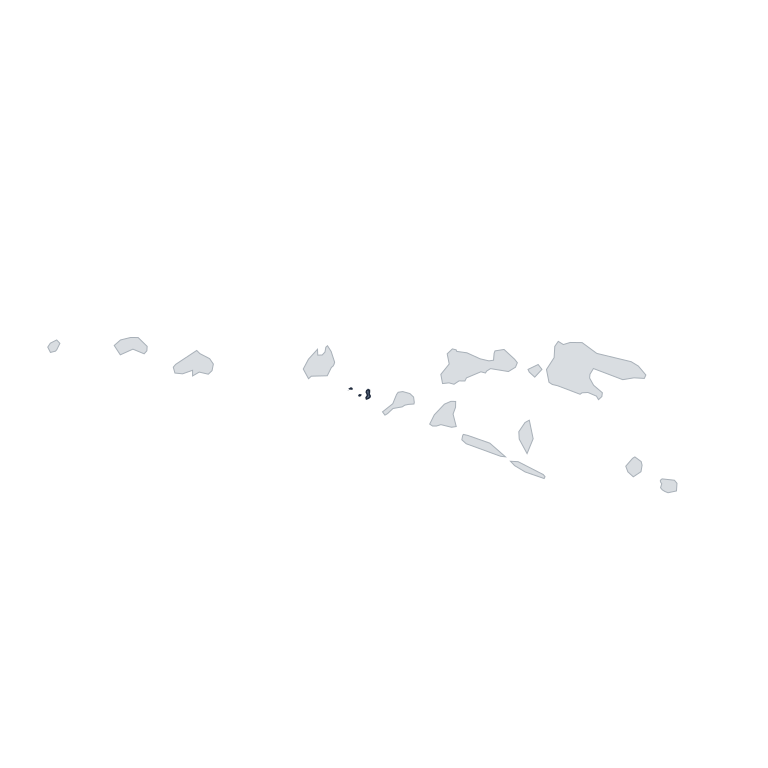 Makimae, Shefa, Vanuatu shown in context, rotated 122°
{"feature_id": "77236927B14255204108964", "entity_name": "Makimae", "entity_type": "district", "adm_level": 2, "iso_a3": "VUT", "parent_name": "Vanuatu", "parent_adm1": "Shefa", "projection": "orthographic", "projection_center": [168.399, -17.15], "detail": "fine", "context": "in_parent", "style": "filled", "palette": "slate", "viewbox_px": 768, "rotation_deg": 122, "n_neighbors": 0, "source": "geoboundaries", "source_scale": "gbopen_adm2", "svg_char_len": 4390}
<svg xmlns="http://www.w3.org/2000/svg" viewBox="0 0 768 768"><g transform="rotate(122 384 384)"><path d="M253.8,183.8L259.9,214.6L266.6,214.5L270.0,212.8L274.0,205.6L275.7,194.2L279.2,192.6L283.6,193.8L281.7,197.4L283.1,206.5L286.5,211.4L288.8,212.3L293.5,236.0L295.2,241.0L295.1,245.0L285.6,253.9L271.5,253.7L261.6,259.1L255.5,258.8L255.5,252.8L250.1,248.1L243.9,237.9L245.3,219.8L234.1,186.2L234.0,177.8L237.6,166.7L241.3,166.2L246.3,175.3L253.8,183.8ZM314.5,301.8L318.6,303.8L320.9,303.8L322.3,308.3L335.1,317.3L338.6,317.0L341.6,322.0L347.1,324.5L348.6,329.5L352.6,334.6L345.7,340.9L332.5,339.3L324.9,346.4L318.0,344.6L316.8,340.9L317.8,339.6L313.6,330.2L311.7,315.8L308.8,307.3L305.8,303.7L299.6,306.9L297.1,307.4L291.1,300.5L293.8,286.3L295.3,282.2L300.1,281.4L307.5,285.1L314.5,301.8ZM485.5,567.1L481.4,571.6L477.8,571.1L454.8,560.6L455.8,556.3L454.9,545.3L457.5,539.3L463.8,536.9L468.8,538.2L471.8,547.0L478.6,550.6L473.8,553.6L482.1,560.2L485.5,567.1ZM407.1,436.5L415.9,449.8L419.5,450.8L414.1,460.4L403.0,461.2L389.8,458.8L394.6,455.5L392.2,451.8L388.2,451.0L383.6,452.8L381.5,452.2L384.4,446.1L391.7,437.4L393.9,436.8L395.9,436.7L397.8,437.4L407.1,436.5ZM393.8,324.0L383.5,325.0L369.1,322.1L363.3,318.1L360.8,314.0L365.8,311.0L372.9,309.5L381.8,300.2L384.9,303.8L388.3,314.2L391.9,317.3L393.9,320.5L393.8,324.0ZM499.0,623.1L494.3,633.2L486.3,630.8L478.8,623.5L474.9,617.1L477.6,604.8L481.5,602.7L485.5,603.4L487.5,615.4L499.0,623.1ZM386.2,289.9L384.7,290.0L383.2,285.7L378.1,262.9L381.4,242.4L383.5,246.8L391.1,282.6L390.1,288.4L386.2,289.9ZM407.2,365.3L409.9,366.7L408.4,370.5L396.1,366.1L386.2,367.8L383.5,367.6L380.5,364.1L378.4,357.0L379.4,352.0L383.5,348.6L385.1,348.0L388.2,352.3L391.0,355.2L393.7,356.4L400.0,363.4L407.2,365.3ZM359.1,240.1L353.0,244.4L341.9,244.0L337.7,241.6L351.4,228.5L367.2,225.8L359.1,240.1ZM329.3,130.6L325.6,135.4L315.3,133.8L312.9,132.6L313.5,124.8L316.1,122.1L322.2,119.6L330.6,123.4L329.3,130.6ZM320.5,97.7L319.2,98.6L317.1,97.9L311.7,86.7L313.0,82.9L319.7,79.3L325.7,85.5L326.3,89.0L326.3,91.9L325.4,94.5L321.4,95.6L320.5,97.7ZM384.0,230.0L382.5,235.8L378.8,229.1L376.4,200.9L377.3,198.3L379.3,198.1L383.8,217.7L384.0,230.0ZM534.0,683.6L530.9,688.7L526.2,688.6L520.1,684.9L521.3,680.4L528.2,679.7L530.2,680.0L534.0,683.6ZM296.9,267.2L295.3,269.6L285.8,263.6L287.9,257.8L298.3,259.8L296.9,267.2Z" fill="#d9dde1" stroke="#a8b0b8" stroke-width="1"/><path d="M404.8,391.9L405.0,391.8L405.2,391.7L405.3,391.6L405.5,391.5L405.7,391.4L405.8,391.3L405.9,391.2L406.0,391.1L406.0,390.8L405.9,390.7L405.7,390.6L405.4,390.4L405.2,390.3L405.0,390.2L404.9,390.1L404.6,389.8L404.5,389.7L404.3,389.6L404.2,389.5L403.8,389.4L403.7,389.4L403.3,389.2L403.0,389.1L402.9,389.1L402.4,389.1L402.2,389.0L401.9,389.2L401.9,389.3L401.7,389.4L401.5,389.5L401.3,389.6L401.2,389.7L401.2,389.8L401.1,390.0L400.9,390.3L400.9,390.5L400.8,390.8L400.7,390.9L400.6,391.0L400.4,391.2L400.2,391.4L400.0,391.5L399.9,391.6L399.7,391.7L399.4,391.8L399.3,391.7L399.2,391.7L399.1,391.8L398.9,391.9L398.8,392.0L398.7,392.1L398.5,392.3L398.6,392.5L398.5,392.4L398.4,392.4L398.3,392.5L398.3,392.4L398.2,392.4L398.2,392.5L397.9,392.6L397.7,392.6L397.5,392.8L397.2,392.9L397.0,393.0L397.0,393.3L397.1,393.8L397.1,394.4L397.1,394.5L397.4,394.5L397.5,394.6L397.8,394.7L398.0,394.8L398.3,394.9L398.3,395.0L398.5,395.1L398.8,395.1L399.0,395.1L399.5,395.0L399.8,394.9L400.0,394.7L400.4,394.4L400.5,394.4L400.5,394.2L400.7,393.9L400.8,393.9L400.9,393.7L401.0,393.6L401.2,393.4L401.3,393.2L401.5,392.9L401.8,392.6L402.0,392.4L402.2,392.2L402.4,392.1L402.5,392.0L402.5,391.9L402.8,391.9L403.0,391.9L403.3,391.9L403.5,392.0L403.9,392.0L404.0,392.0L404.3,392.0L404.6,392.0L404.8,392.0L404.8,391.9L404.8,391.9ZM407.0,399.1L407.2,398.9L407.2,398.7L407.0,398.4L406.9,398.3L406.8,398.2L406.7,398.2L406.4,398.1L406.2,397.9L405.9,397.9L405.8,398.0L405.7,398.0L405.8,398.3L405.9,398.6L406.0,398.8L406.2,399.0L406.4,399.1L406.5,399.1L406.9,399.2L407.0,399.1L407.0,399.1ZM404.9,409.8L405.0,409.8L405.3,410.1L405.5,410.0L405.8,410.1L405.9,409.9L405.7,409.7L405.6,409.4L405.6,409.2L405.5,408.9L405.4,408.7L405.2,408.5L404.9,408.7L404.9,408.8L404.8,409.0L404.8,409.3L404.8,409.5L404.9,409.8ZM406.3,410.6L406.3,410.4L406.3,410.2L406.2,410.1L405.9,410.0L406.0,410.1L406.0,410.3L406.1,410.5L406.3,410.6L406.3,410.6ZM408.6,410.8L408.7,410.7L408.6,410.8Z" fill="#64748b" stroke="#1e293b" stroke-width="1.5"/></g></svg>